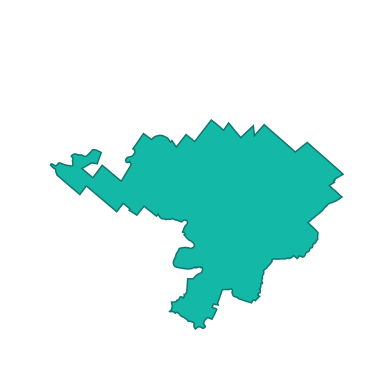 Vanatori, Vrancea, Romania, rotated 127°
{"feature_id": "2599482B46721958149963", "entity_name": "Vanatori", "entity_type": "district", "adm_level": 2, "iso_a3": "ROU", "parent_name": "Romania", "parent_adm1": "Vrancea", "projection": "orthographic", "projection_center": [27.293, 45.717], "detail": "fine", "context": "isolated", "style": "filled", "palette": "teal", "viewbox_px": 384, "rotation_deg": 127, "n_neighbors": 0, "source": "geoboundaries", "source_scale": "gbopen_adm2", "svg_char_len": 5990}
<svg xmlns="http://www.w3.org/2000/svg" viewBox="0 0 384 384"><g transform="rotate(127 192 192)"><path d="M174.5,265.9L193.1,265.1L193.0,264.2L193.1,263.2L193.6,262.4L194.5,261.5L195.2,261.2L199.0,261.3L199.8,261.6L201.4,262.8L202.3,263.8L203.1,264.3L204.0,264.5L204.8,264.6L205.7,264.4L207.0,263.6L207.4,263.1L207.6,262.7L207.6,262.3L207.5,261.7L207.1,261.0L206.5,260.5L205.9,260.0L205.2,259.9L206.7,257.2L206.9,257.1L207.8,256.9L217.1,255.9L217.4,256.0L220.3,255.7L225.6,255.0L226.0,255.1L224.7,279.8L240.3,279.7L239.5,294.0L229.2,289.7L226.5,284.7L215.2,288.2L215.2,289.8L215.7,291.0L215.8,291.5L215.8,291.8L215.9,292.2L215.9,293.1L216.5,294.0L216.8,295.1L217.5,296.0L218.4,296.9L218.8,297.0L219.4,296.9L221.6,296.9L222.5,297.2L226.2,297.7L227.3,298.2L227.7,298.6L228.3,299.5L228.6,300.1L228.7,300.9L228.7,302.1L230.8,305.3L231.3,306.6L231.4,307.2L232.1,308.5L232.8,309.1L234.9,310.0L235.7,310.1L236.1,309.9L236.3,309.4L236.3,308.5L236.5,307.8L236.7,307.5L237.5,306.8L237.9,306.6L238.4,306.6L239.2,306.2L240.3,304.8L241.8,303.6L242.4,303.4L242.9,303.3L243.8,303.7L244.0,304.1L244.6,305.7L246.4,308.6L246.9,310.2L248.1,314.5L248.5,315.5L249.4,316.0L251.5,316.0L252.5,316.2L252.9,316.5L253.5,317.3L253.6,317.8L253.5,318.8L253.8,320.6L254.4,321.3L254.8,321.5L255.2,321.5L255.6,321.3L255.7,321.0L255.7,320.0L255.9,319.5L256.2,317.9L256.2,316.4L256.0,316.0L255.9,315.6L255.9,315.3L256.4,314.1L257.5,313.2L258.0,312.6L258.8,311.1L259.7,310.1L260.7,294.5L261.5,280.0L251.1,280.1L250.8,279.7L253.0,240.3L242.4,240.1L242.8,232.2L242.8,231.3L244.4,231.3L243.7,222.1L232.2,221.7L232.7,205.9L230.6,205.7L230.1,205.3L230.6,204.6L231.2,203.2L231.5,201.9L231.4,200.4L231.3,199.7L230.8,198.7L230.0,197.4L229.5,196.2L229.5,195.9L228.6,195.5L228.2,195.0L227.1,193.3L225.8,192.0L225.5,191.7L224.9,191.5L224.7,191.2L224.7,190.1L224.5,189.3L224.3,188.4L223.2,186.3L222.3,182.6L222.0,182.3L219.7,181.7L218.9,181.2L218.7,181.0L218.5,180.6L218.2,179.6L218.1,179.1L218.1,178.6L218.6,177.7L219.0,177.3L219.9,176.8L221.3,176.7L223.0,177.0L225.1,176.7L227.6,176.0L228.5,175.5L228.8,175.5L229.1,175.7L229.9,175.2L228.8,174.5L230.1,172.0L231.0,172.5L231.2,170.6L231.4,169.9L231.8,169.3L232.2,165.3L231.7,162.7L231.9,160.2L232.6,158.5L233.2,157.8L234.2,157.5L235.1,157.5L236.8,158.2L237.6,158.9L238.1,159.6L238.7,161.2L240.5,164.3L243.2,167.0L244.8,168.2L245.3,168.1L246.0,167.7L249.1,167.5L251.1,167.2L252.6,166.7L253.5,166.2L257.5,165.4L259.3,164.6L260.3,163.9L260.7,163.3L261.0,162.7L261.4,162.3L261.7,160.8L261.6,160.0L260.9,158.0L259.9,156.1L257.9,152.2L255.9,148.9L253.4,146.2L252.2,145.6L250.6,144.4L249.7,143.8L249.7,143.7L250.2,143.4L249.7,142.8L246.8,140.5L246.7,140.4L247.1,139.2L246.1,138.7L247.2,137.1L247.8,136.8L250.4,135.9L251.3,136.2L253.9,137.7L256.1,138.4L258.0,138.7L260.5,138.7L263.9,143.2L275.0,136.0L275.6,136.0L276.6,135.8L277.6,135.8L278.2,136.1L278.6,136.7L279.2,136.0L279.7,135.6L281.2,135.2L281.6,134.9L281.9,135.0L282.0,135.3L281.8,136.5L281.9,136.9L282.4,137.9L282.9,138.3L284.0,138.2L285.6,137.8L286.0,137.8L287.7,139.0L288.5,138.6L290.4,139.8L291.3,140.6L292.2,142.2L295.2,138.9L298.5,137.6L300.9,137.9L300.3,136.7L299.3,136.2L299.0,135.2L298.8,134.0L298.9,132.4L298.1,132.2L297.1,131.6L296.9,129.4L297.6,126.8L297.6,125.9L297.5,124.8L297.2,123.8L296.9,119.5L297.1,118.4L297.6,117.2L296.1,115.1L295.3,112.2L295.4,111.8L296.2,110.8L297.0,110.5L298.2,109.4L298.6,109.0L299.4,107.2L299.4,106.9L296.6,106.1L295.7,105.6L295.4,105.3L295.0,104.4L294.7,104.0L294.5,101.9L294.3,101.4L293.6,100.7L292.3,100.3L291.6,100.3L291.3,100.5L290.9,101.9L290.2,103.1L289.6,103.7L288.8,104.2L287.4,104.6L286.0,104.6L283.3,104.2L282.8,103.8L282.6,103.3L281.6,99.5L275.1,100.6L272.3,101.3L271.0,101.4L270.8,102.0L270.8,102.8L271.1,104.0L271.7,104.8L271.9,105.6L272.0,106.7L271.2,106.7L269.9,107.1L268.9,107.6L268.4,107.3L268.1,106.7L267.6,105.1L267.1,104.7L266.5,103.1L265.3,104.7L251.7,109.0L249.8,106.7L247.9,104.0L247.3,103.4L246.2,102.9L245.9,102.3L245.6,102.1L246.1,100.5L246.2,100.4L248.3,99.5L248.7,99.0L250.1,96.6L250.1,95.6L249.7,94.2L249.1,93.6L249.0,92.5L249.1,90.5L248.5,88.8L246.4,82.3L245.3,79.6L244.8,77.8L243.1,78.0L242.0,78.0L240.9,77.7L240.8,76.0L238.7,75.8L235.4,75.3L234.6,75.2L235.0,77.0L234.0,77.3L233.8,77.9L233.0,78.1L231.9,77.2L231.2,77.1L229.8,78.1L229.4,78.2L229.2,78.4L228.9,79.8L228.6,79.9L228.2,79.6L227.7,79.5L225.8,80.3L224.7,81.1L224.6,81.4L223.9,81.6L223.2,81.3L222.9,80.8L222.0,81.1L221.2,82.7L220.4,83.3L219.5,83.5L218.4,83.9L217.9,84.2L217.3,85.0L217.1,85.0L215.1,85.5L213.4,86.0L211.9,87.2L211.7,87.7L207.9,86.6L206.7,86.7L200.8,86.2L199.4,86.3L199.1,86.6L198.2,86.9L198.0,87.1L197.9,87.4L195.7,86.0L195.0,84.3L191.1,79.8L189.5,77.5L186.9,75.6L186.5,74.0L183.6,72.9L181.5,72.5L181.7,70.2L181.5,69.3L181.6,68.8L181.9,68.1L180.5,67.7L179.5,67.9L179.0,68.2L178.5,67.6L177.8,66.4L177.6,65.6L177.6,64.6L176.4,63.7L175.4,63.6L173.7,63.9L172.8,64.2L171.3,64.1L170.4,63.8L170.1,63.3L168.7,62.9L167.1,63.4L165.4,63.6L164.0,62.5L163.1,62.7L161.6,63.7L160.7,63.9L160.1,63.4L158.4,62.9L157.7,62.9L156.7,63.2L155.7,63.2L154.2,63.1L151.8,65.1L149.0,66.6L148.6,67.1L148.0,70.1L147.4,74.2L146.7,81.1L143.6,80.2L141.5,79.9L137.5,78.8L136.9,78.8L133.3,77.8L128.6,76.8L125.4,76.6L124.5,76.7L123.9,76.6L122.8,76.1L120.4,76.1L118.1,75.3L116.2,73.8L115.1,73.2L112.4,71.6L109.4,70.4L107.3,69.7L106.7,69.6L106.0,69.2L105.7,69.2L105.9,70.0L105.7,70.9L105.4,73.6L105.2,74.6L104.7,79.9L104.9,80.5L104.1,86.3L98.7,84.1L98.3,85.4L96.6,85.0L96.4,85.8L96.2,85.9L95.1,85.5L94.1,84.9L92.9,84.7L87.0,81.9L86.6,84.3L83.1,129.8L97.0,133.4L97.9,133.7L98.0,133.8L97.6,137.3L94.8,174.9L109.4,176.1L102.2,182.9L118.0,185.6L119.3,185.5L117.0,195.5L114.8,204.3L123.7,203.9L123.6,204.3L123.5,205.2L123.0,215.1L122.9,219.9L150.1,220.2L149.7,231.3L165.6,231.6L163.0,239.0L165.1,239.1L165.2,239.4L163.9,242.7L163.7,244.0L164.0,246.5L164.6,249.0L164.8,249.6L165.7,251.2L166.6,252.4L169.4,254.5L170.7,255.2L171.7,255.5L173.8,255.8L174.5,255.7L174.5,265.9Z" fill="#14b8a6" stroke="#0f766e" stroke-width="1.5"/></g></svg>